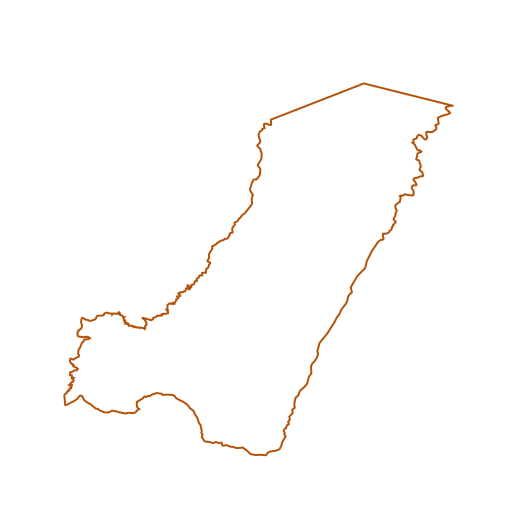 outline of Villavicencio, Meta, Colombia, rotated 284°
{"feature_id": "7082276B6983949832660", "entity_name": "Villavicencio", "entity_type": "district", "adm_level": 2, "iso_a3": "COL", "parent_name": "Colombia", "parent_adm1": "Meta", "projection": "equal_earth", "projection_center": [-73.572, 4.112], "detail": "fine", "context": "isolated", "style": "outline", "palette": "amber", "viewbox_px": 512, "rotation_deg": 284, "n_neighbors": 0, "source": "geoboundaries", "source_scale": "gbopen_adm2", "svg_char_len": 6047}
<svg xmlns="http://www.w3.org/2000/svg" viewBox="0 0 512 512"><g transform="rotate(284 256 256)"><path d="M79.2,179.6L79.5,178.5L81.4,176.7L85.6,175.7L90.8,180.9L92.7,181.7L92.7,183.7L94.1,185.1L94.3,186.8L96.4,188.6L99.0,192.8L99.5,197.9L98.6,199.0L100.2,204.0L100.9,208.2L100.6,210.8L98.6,213.1L96.8,220.9L95.6,224.2L94.5,226.3L92.3,228.8L90.6,232.9L88.1,234.6L84.6,238.3L80.1,241.1L78.2,243.5L77.0,243.6L73.0,245.8L71.2,245.8L69.5,247.5L68.0,247.1L67.0,247.3L65.9,248.9L64.4,250.0L63.8,251.2L63.7,252.4L64.3,254.9L64.1,259.4L65.8,262.2L65.5,264.9L66.5,267.8L64.1,269.1L64.0,269.7L65.3,273.4L64.8,277.4L65.2,279.9L64.9,283.8L66.9,289.4L65.3,293.7L62.5,298.6L62.7,303.8L64.2,308.2L65.0,313.5L65.8,314.3L67.8,314.8L69.7,317.0L71.9,322.4L74.2,325.6L78.2,326.5L81.4,326.4L88.2,328.4L89.8,326.7L91.4,326.6L92.6,325.4L93.6,325.2L95.3,325.7L96.5,326.9L99.0,326.9L101.0,328.6L102.7,327.3L105.3,328.4L108.2,327.2L112.3,329.4L113.3,329.5L114.7,328.5L115.7,328.6L116.6,328.8L117.6,330.1L118.4,330.2L121.4,329.0L126.8,328.7L128.4,328.9L130.9,330.7L135.9,331.3L140.2,334.4L144.6,336.5L151.5,336.5L155.4,338.1L162.2,336.1L165.5,336.7L168.6,338.6L172.1,339.7L175.9,339.9L178.4,338.6L187.1,338.7L197.7,343.8L210.9,348.2L215.7,349.2L219.4,350.9L224.5,351.8L231.5,354.8L235.2,355.5L237.8,355.2L240.4,355.6L244.0,357.8L248.4,355.6L249.1,355.7L260.9,359.1L270.7,364.8L278.0,364.8L288.8,367.2L299.3,371.1L301.5,372.9L302.9,375.5L304.0,375.5L307.3,373.8L308.4,373.9L309.1,377.0L311.0,379.2L313.0,379.8L314.4,381.0L317.3,381.0L318.2,381.8L319.2,381.5L322.1,383.1L323.2,383.2L324.4,381.0L325.1,380.5L328.8,381.4L331.3,381.1L334.2,381.6L336.5,379.6L338.7,379.1L340.4,379.8L343.5,382.5L348.2,382.1L348.8,381.1L349.5,381.6L350.2,384.1L352.0,385.6L351.9,388.6L352.6,393.5L354.0,394.1L357.2,393.1L359.6,390.7L361.0,390.5L362.4,391.1L363.2,394.1L364.1,394.4L366.5,392.5L367.6,390.7L368.6,390.3L369.6,390.7L371.7,394.7L372.8,395.7L373.7,398.3L374.3,398.7L377.7,397.0L378.5,394.6L379.4,393.7L383.0,394.3L386.3,392.0L387.3,391.8L388.2,391.0L388.3,388.7L388.9,387.9L391.7,388.3L393.9,387.8L395.8,389.0L396.7,390.9L397.4,391.1L398.1,389.6L397.9,387.8L398.3,386.6L402.5,383.1L403.7,380.7L404.1,381.6L406.5,380.5L407.5,381.1L409.1,383.5L410.7,383.3L412.9,384.4L412.8,387.2L410.0,391.3L410.4,392.9L412.7,393.5L415.5,391.6L417.4,391.3L417.9,391.9L418.8,396.9L422.5,400.2L424.3,400.0L426.0,398.4L426.9,398.9L427.7,400.7L428.7,401.2L434.0,399.0L436.8,402.2L440.2,408.2L441.7,409.7L442.3,409.3L444.5,404.9L445.4,404.2L446.5,404.4L449.0,408.7L449.4,411.3L449.5,318.8L391.9,237.5L387.5,238.9L386.7,238.6L386.5,237.0L386.9,233.4L386.2,232.0L384.9,232.0L382.1,233.4L380.9,231.4L379.7,231.5L377.5,229.6L375.7,229.3L373.4,229.3L368.5,232.4L367.0,232.3L363.6,230.5L363.0,230.8L361.0,234.1L356.7,236.8L351.6,237.7L344.5,235.7L341.4,239.2L336.6,240.0L334.5,239.8L331.1,238.4L330.4,237.8L329.8,235.6L329.2,235.1L326.5,234.4L319.1,234.0L317.6,234.9L314.6,238.2L310.0,238.0L306.3,239.4L304.4,239.2L294.4,234.6L292.2,232.6L289.3,231.5L288.7,230.7L285.2,229.6L283.2,227.1L281.3,228.0L278.5,226.6L276.8,226.3L273.1,227.6L272.5,226.2L271.4,225.1L270.1,225.4L266.6,224.3L265.6,223.5L265.1,221.4L263.5,220.6L262.9,219.1L261.4,217.2L259.9,216.2L259.3,215.2L257.4,214.3L254.7,211.0L253.0,211.9L246.3,209.9L242.6,211.0L239.8,210.0L239.1,210.3L238.6,212.7L238.0,213.4L236.1,212.5L233.4,212.5L231.2,210.8L227.9,211.4L227.4,211.2L227.1,208.9L226.4,207.8L224.2,208.5L223.6,206.4L222.7,205.6L221.0,205.6L219.9,204.3L219.1,203.9L217.8,204.8L216.5,202.7L215.1,202.9L213.0,202.1L212.3,200.2L210.3,200.7L210.0,198.9L211.1,197.3L210.9,196.6L209.6,196.9L209.6,198.8L208.9,200.0L207.7,199.6L207.3,198.7L207.9,197.1L207.3,195.8L205.8,196.1L204.5,195.7L204.2,194.5L203.4,193.9L202.6,192.5L202.5,191.2L201.5,190.7L201.1,189.7L200.2,190.0L199.5,192.0L199.0,192.2L197.9,191.0L197.6,189.3L196.0,190.6L194.5,189.0L193.3,189.4L191.2,188.4L190.0,188.6L189.7,187.3L189.1,186.7L189.2,186.2L190.1,186.3L189.1,184.8L189.1,183.6L186.9,181.9L184.0,182.7L182.6,182.1L182.3,183.3L181.5,182.8L181.1,183.9L179.2,184.5L178.3,183.0L177.7,180.4L176.9,179.7L177.0,178.8L176.4,178.7L175.8,179.2L175.4,178.7L175.3,177.5L174.9,177.5L174.5,176.7L174.3,174.5L172.5,173.6L171.2,171.3L169.7,171.4L168.4,169.8L168.6,160.1L167.4,163.1L164.7,166.0L163.4,165.9L162.9,166.4L161.0,165.4L159.2,165.9L158.9,165.3L158.3,165.5L158.8,164.0L158.6,161.0L157.9,160.5L158.3,159.3L157.8,158.0L158.3,156.1L157.4,155.5L157.3,154.6L158.2,153.9L157.9,152.9L158.3,152.7L158.4,151.9L157.4,149.9L158.5,149.3L158.5,148.5L159.0,148.5L158.8,146.2L159.7,147.0L160.0,144.9L160.5,145.2L161.7,144.6L161.5,143.8L162.0,144.0L163.5,142.4L164.7,142.9L164.4,142.3L166.0,140.3L165.7,139.2L166.0,138.3L167.9,137.5L168.2,136.9L167.7,136.8L167.6,136.1L166.5,136.1L166.6,135.5L166.2,135.0L165.8,131.9L165.3,130.7L164.5,130.5L165.1,130.2L164.8,126.6L165.0,124.9L163.7,123.0L161.5,122.3L159.6,116.6L158.9,116.0L156.9,115.9L155.6,115.2L153.1,111.4L152.8,110.0L153.2,108.7L153.1,105.8L154.1,102.4L152.9,101.9L149.4,102.2L147.1,103.8L144.1,104.2L142.8,103.6L140.9,101.7L140.1,102.0L139.2,101.2L136.8,101.7L135.3,102.5L135.0,103.7L135.6,108.7L136.9,112.2L136.1,114.8L135.0,113.7L133.3,109.6L131.0,109.1L129.3,108.0L123.9,107.3L122.4,106.5L118.2,107.0L116.8,108.4L115.2,108.2L113.8,106.1L111.3,104.0L111.7,101.8L111.4,100.7L109.1,100.8L107.1,102.5L106.3,105.3L105.8,105.5L105.2,105.0L104.7,105.5L104.1,109.2L103.4,110.4L101.8,109.9L100.8,107.1L99.5,106.0L98.0,103.8L95.5,104.4L95.7,106.1L94.2,106.3L93.8,108.4L92.7,107.1L92.1,107.6L91.9,108.8L91.1,109.1L89.8,108.9L88.9,107.7L86.0,106.1L86.4,107.5L86.3,108.7L85.7,108.7L84.9,107.6L84.2,108.4L82.9,108.7L82.3,107.1L80.9,107.4L80.2,106.5L79.4,106.7L78.7,105.6L77.0,105.3L76.0,104.3L74.5,103.7L65.3,106.9L65.9,108.5L72.3,115.6L74.7,117.5L76.9,118.2L78.0,119.3L78.2,120.3L77.5,121.7L75.0,123.7L73.4,126.6L71.9,131.8L69.2,137.4L69.3,139.7L68.4,141.6L67.6,146.5L68.3,150.4L71.1,153.8L71.5,158.5L71.1,160.9L71.5,163.8L71.4,166.4L72.2,168.9L73.0,170.1L73.8,174.8L75.1,176.9L77.7,178.2L79.2,179.6Z" fill="none" stroke="#b45309" stroke-width="2"/></g></svg>